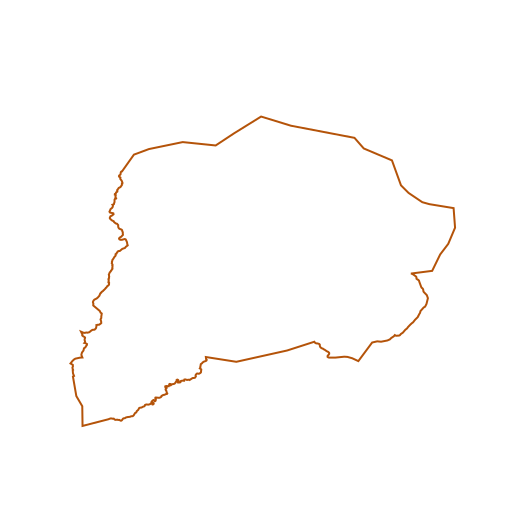 Bayanzu'rx, Hövsgöl, Mongolia (Robinson projection), rotated 349°
{"feature_id": "93677404B62399771295539", "entity_name": "Bayanzu'rx", "entity_type": "district", "adm_level": 2, "iso_a3": "MNG", "parent_name": "Mongolia", "parent_adm1": "Hövsgöl", "projection": "robinson", "projection_center": [98.395, 50.238], "detail": "fine", "context": "isolated", "style": "outline", "palette": "amber", "viewbox_px": 512, "rotation_deg": 349, "n_neighbors": 0, "source": "geoboundaries", "source_scale": "gbopen_adm2", "svg_char_len": 6039}
<svg xmlns="http://www.w3.org/2000/svg" viewBox="0 0 512 512"><g transform="rotate(349 256 256)"><path d="M436.1,238.2L429.5,234.9L417.8,223.2L411.8,214.3L407.7,188.1L382.3,171.0L375.2,158.8L315.2,134.8L287.6,120.1L258.1,131.3L237.5,139.8L205.8,130.2L171.3,130.6L155.5,133.2L140.6,147.4L140.2,147.3L139.4,147.8L138.9,148.9L138.7,149.8L138.3,150.3L137.0,150.9L136.7,151.5L136.8,152.1L137.8,152.9L137.9,153.1L137.5,154.1L137.5,154.5L138.5,156.4L138.9,158.5L138.7,159.3L138.2,159.3L137.8,160.9L136.4,162.1L136.1,162.5L134.2,163.0L133.7,163.6L132.3,164.8L132.2,165.3L132.4,165.7L132.1,166.4L130.8,166.9L130.3,167.9L129.3,168.2L129.1,168.9L129.9,169.5L129.8,170.0L129.2,171.4L129.2,171.7L129.8,172.7L129.7,172.9L128.5,173.0L128.2,173.3L127.9,173.7L127.4,176.1L126.8,177.0L126.6,177.7L126.4,178.0L125.9,178.2L124.9,178.3L125.2,179.1L125.1,179.5L124.6,180.6L123.9,181.3L122.2,182.2L120.6,184.6L121.1,185.6L123.8,186.7L124.1,186.9L124.1,187.9L122.1,188.9L120.8,189.2L119.9,190.3L119.7,191.1L120.0,191.8L121.3,193.5L123.0,194.8L123.1,195.5L123.3,195.8L124.6,197.3L125.8,197.9L126.2,198.7L126.6,199.3L126.3,201.2L126.6,202.5L127.1,203.2L129.0,204.4L129.5,205.1L129.5,206.5L129.8,207.2L129.5,208.5L129.5,209.3L129.4,209.9L127.3,211.4L126.0,211.8L125.1,212.4L124.9,212.7L125.0,213.4L125.2,213.7L126.0,214.2L127.5,214.5L130.4,214.3L131.2,214.8L131.5,215.6L132.0,217.9L131.9,220.1L132.1,220.7L132.1,221.1L130.0,222.1L128.9,223.1L126.1,223.5L123.2,225.1L121.9,224.9L121.0,225.3L120.6,225.9L120.0,226.2L119.6,227.0L118.5,227.4L118.4,227.7L118.4,228.5L118.1,228.8L117.9,229.2L116.8,229.9L115.6,231.3L114.2,232.6L114.0,233.4L113.5,234.0L113.4,234.9L113.0,235.6L113.5,237.0L113.5,237.3L113.1,237.8L113.3,238.4L113.0,239.2L112.9,239.8L112.6,240.3L112.7,240.8L112.7,241.1L112.5,241.4L111.9,241.7L111.4,242.5L110.7,242.9L110.5,243.4L109.3,244.2L108.2,245.9L108.0,246.1L108.1,246.7L107.9,247.4L108.0,248.0L107.6,249.0L107.6,249.5L107.0,250.1L107.1,250.5L106.7,250.9L106.8,251.7L106.6,252.2L106.6,252.5L106.4,252.8L106.5,253.2L106.3,253.5L106.5,253.8L106.3,254.0L106.6,254.3L106.4,254.7L106.5,255.2L106.2,256.1L105.2,256.9L104.5,257.0L103.0,258.5L102.5,258.6L102.1,259.1L100.7,260.1L100.3,260.4L99.9,260.5L99.1,261.2L97.8,261.7L97.4,262.2L96.8,262.4L96.5,262.9L96.2,262.9L95.8,263.3L94.7,265.1L92.9,266.5L91.5,267.3L89.0,268.0L88.0,268.8L87.2,269.9L87.1,270.3L87.1,270.8L87.3,271.4L86.8,273.5L92.2,280.2L92.6,281.9L93.6,283.0L93.1,284.5L92.6,285.8L92.3,287.3L91.3,288.5L91.5,290.6L91.3,292.3L90.7,292.7L89.0,293.5L87.2,293.3L86.1,293.4L86.1,294.1L85.5,295.6L85.0,296.5L83.5,297.5L81.3,297.3L79.6,298.0L77.9,299.0L75.8,299.1L74.8,298.7L73.3,298.8L72.0,298.4L69.8,296.9L70.6,300.1L70.3,300.6L70.3,300.9L71.2,302.0L72.1,302.7L72.6,303.4L72.6,303.7L71.9,305.0L71.7,305.8L71.9,307.3L71.6,308.1L71.0,308.6L72.0,309.0L73.3,310.2L73.0,311.1L71.7,312.3L71.1,313.1L69.5,313.8L68.6,315.9L66.8,317.5L65.9,319.2L65.7,319.8L66.2,322.5L64.0,322.2L59.1,322.3L57.7,322.8L55.8,324.0L53.4,326.1L55.4,327.9L55.2,329.5L54.5,330.5L54.5,331.9L54.7,332.9L54.3,333.1L54.0,335.8L54.0,336.6L54.5,339.0L53.3,339.4L52.9,359.2L56.8,370.3L53.3,389.7L79.9,388.1L82.1,387.7L83.2,387.9L84.3,388.4L85.3,388.5L85.9,389.4L86.6,390.0L88.6,390.2L89.3,390.6L90.7,390.9L91.5,391.7L92.0,391.9L92.5,391.9L93.3,391.4L94.3,390.4L94.9,390.1L96.3,390.2L97.5,389.7L99.1,389.6L101.6,389.8L102.9,389.5L104.4,389.7L105.5,389.1L107.3,387.1L108.6,386.7L109.4,385.5L111.0,384.6L112.4,382.9L113.2,382.8L114.8,382.9L116.2,382.4L117.8,382.2L118.2,381.8L118.6,381.1L119.9,380.8L122.1,381.4L123.8,381.2L124.6,380.6L125.2,380.5L125.6,380.8L125.9,381.9L126.4,382.1L127.1,381.8L127.4,381.5L127.3,380.9L127.1,380.5L125.6,379.8L125.6,379.3L125.7,379.1L126.9,378.2L127.9,377.8L128.5,378.1L128.8,379.2L128.9,379.3L129.4,379.2L129.9,378.8L130.3,377.6L130.4,377.3L130.0,376.2L130.3,375.8L130.7,375.8L133.7,376.7L134.5,376.7L135.7,376.4L136.2,376.0L136.4,375.5L136.7,375.2L137.4,375.2L138.4,374.7L139.8,374.8L140.9,374.4L142.3,374.4L142.7,373.9L142.3,373.1L142.3,371.4L141.9,370.6L141.8,369.9L141.8,369.5L142.1,369.2L142.7,369.0L143.1,368.5L142.0,367.5L141.9,367.2L142.1,366.6L143.1,366.5L145.5,367.2L146.1,366.5L146.3,365.4L146.8,365.1L147.4,365.3L147.1,366.5L147.5,366.7L149.0,365.9L151.1,365.9L151.8,365.7L152.5,365.2L153.3,364.3L154.3,363.5L154.4,362.6L155.1,362.3L155.8,362.7L156.0,363.0L156.1,363.5L156.1,363.8L155.1,364.7L155.1,365.2L155.7,365.4L157.3,365.6L157.8,365.4L158.0,364.7L158.4,364.4L159.7,364.3L161.6,364.7L161.7,364.1L162.1,363.6L163.2,363.7L164.6,364.5L166.3,364.6L167.2,364.8L167.3,365.0L170.5,363.7L171.6,363.9L172.9,363.8L174.0,362.7L173.9,361.6L174.3,361.0L175.3,360.3L175.8,360.1L177.5,360.7L179.1,360.2L179.8,359.6L180.3,357.9L180.6,357.2L180.6,356.8L179.4,355.6L180.1,354.8L180.2,354.0L180.7,353.2L180.7,352.8L181.2,351.6L182.6,351.0L183.3,350.3L184.9,349.7L186.7,349.5L187.5,349.1L187.8,348.5L187.3,347.7L187.4,347.2L187.5,345.6L216.5,356.1L268.5,354.7L296.9,351.3L297.2,352.1L297.7,352.7L298.5,353.3L299.5,353.5L300.9,354.2L301.4,354.6L301.7,355.3L301.5,356.2L301.6,357.0L301.8,357.8L302.2,358.4L303.2,359.3L304.0,359.7L304.6,360.5L305.3,360.9L307.3,363.0L308.7,364.0L309.0,364.6L309.3,365.0L309.2,366.0L308.5,366.8L307.5,367.4L307.3,367.6L307.0,368.6L307.6,369.3L308.4,369.7L314.8,370.9L323.5,371.7L326.5,372.5L330.9,374.7L336.4,378.7L353.5,363.1L358.7,362.9L362.4,364.0L368.8,364.0L371.5,363.4L373.1,362.3L376.0,361.1L377.2,360.1L377.9,360.8L378.2,361.0L380.4,361.3L381.3,361.4L382.1,361.2L383.3,360.2L385.5,359.3L388.5,356.9L390.3,356.0L391.0,355.4L391.6,354.8L394.4,352.8L396.0,351.8L397.5,351.1L399.9,349.0L403.2,346.8L403.6,346.0L404.2,345.6L404.7,344.7L406.2,343.1L406.9,341.5L410.8,338.5L412.3,338.0L413.5,336.5L414.2,335.6L416.7,330.2L416.2,327.0L413.8,323.3L413.6,322.6L413.7,321.0L413.5,320.0L413.1,319.3L412.6,318.9L412.3,318.1L411.4,312.5L411.3,311.3L410.7,310.3L410.2,310.1L409.2,308.9L409.4,307.5L409.3,306.9L409.0,306.5L406.9,304.2L405.5,303.1L404.7,302.8L426.1,304.2L437.1,289.6L447.0,280.8L456.8,266.2L459.1,246.7L436.1,238.2Z" fill="none" stroke="#b45309" stroke-width="2"/></g></svg>